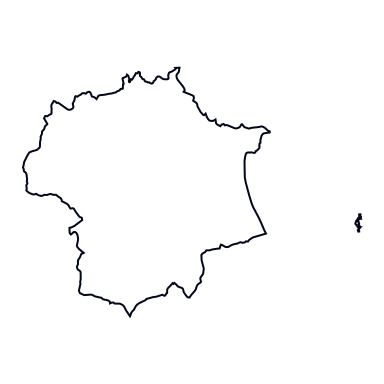 Cam Lam, Khánh Hòa, Vietnam
{"feature_id": "81297802B15274858883665", "entity_name": "Cam Lam", "entity_type": "district", "adm_level": 2, "iso_a3": "VNM", "parent_name": "Vietnam", "parent_adm1": "Khánh Hòa", "projection": "albers", "projection_center": [109.135, 12.074], "detail": "fine", "context": "isolated", "style": "outline", "palette": "ink", "viewbox_px": 384, "rotation_deg": 0, "n_neighbors": 0, "source": "geoboundaries", "source_scale": "gbopen_adm2", "svg_char_len": 5841}
<svg xmlns="http://www.w3.org/2000/svg" viewBox="0 0 384 384"><path d="M269.7,131.4L268.0,130.7L264.7,127.7L262.5,126.6L261.8,126.4L257.5,127.2L252.6,127.7L250.8,128.0L249.4,128.5L248.5,128.5L244.8,127.3L244.0,126.7L243.3,125.6L241.9,124.2L241.5,124.3L239.9,126.9L238.3,127.9L236.5,128.3L235.5,128.4L234.6,128.2L227.4,125.2L226.3,125.0L224.9,125.4L224.6,125.2L224.0,124.2L223.7,124.0L221.7,124.5L220.3,126.2L217.5,124.7L216.4,123.8L216.1,123.3L215.5,119.5L213.6,120.7L212.1,120.9L210.4,120.8L209.5,120.6L207.8,118.7L206.5,116.1L205.6,113.6L204.1,115.1L203.3,115.0L200.6,112.0L197.4,106.2L197.2,104.5L196.9,103.6L195.7,102.4L193.2,100.8L193.9,97.9L193.6,96.2L192.3,95.3L183.6,91.8L184.5,90.6L184.7,90.1L184.2,88.4L182.7,86.1L177.5,79.5L176.8,77.9L176.5,76.5L176.5,75.3L176.8,74.4L178.5,72.4L178.9,71.3L179.5,67.7L175.4,67.9L175.9,68.5L174.9,69.7L173.9,70.2L172.4,71.3L170.4,72.0L169.1,72.7L168.4,74.5L168.2,75.5L168.5,78.1L168.3,78.7L167.9,79.1L166.6,79.3L163.8,79.2L162.4,78.7L160.3,77.0L159.4,76.6L157.7,76.5L156.4,77.6L155.5,79.7L153.7,81.2L153.0,82.9L152.0,83.5L150.4,83.3L149.1,82.3L147.7,82.4L146.6,81.7L145.3,81.5L144.8,81.0L144.1,79.5L142.4,78.9L141.3,77.0L140.2,76.2L139.9,75.8L140.0,73.5L139.8,72.4L138.3,71.9L137.7,73.3L135.8,73.2L134.8,75.4L133.8,76.7L132.4,79.2L131.9,79.7L131.3,79.2L131.0,79.2L130.5,79.7L130.0,81.9L129.7,82.1L129.2,82.1L128.9,81.5L128.9,80.5L129.3,79.1L129.3,78.5L128.6,77.2L128.5,76.1L127.0,74.7L126.7,75.7L126.0,76.6L123.9,77.7L122.7,78.1L122.5,78.7L123.7,83.9L123.0,84.4L122.8,88.5L122.6,88.8L120.6,88.9L120.2,89.6L119.4,90.5L117.6,91.1L115.6,92.5L113.7,92.8L111.8,93.5L110.6,93.5L104.2,94.8L100.5,95.1L98.5,95.7L96.5,99.1L94.9,97.6L94.0,97.1L91.9,96.5L90.7,93.2L90.2,92.4L89.4,91.8L89.0,91.8L87.1,92.3L86.4,93.2L85.8,93.7L84.5,93.2L82.4,93.2L80.8,94.6L78.7,95.7L77.2,96.8L76.4,96.4L75.6,96.2L75.1,96.7L74.9,97.4L74.5,100.0L72.7,103.7L73.4,106.6L73.3,107.3L73.0,107.9L72.3,108.7L71.0,109.5L69.4,109.8L68.4,109.7L67.6,109.4L58.2,102.7L56.9,103.0L56.5,102.8L55.5,101.6L53.7,101.0L53.0,102.5L51.9,103.9L51.5,104.8L51.3,106.0L51.6,108.9L51.5,113.5L51.1,114.0L49.3,114.8L47.3,116.3L45.3,115.9L44.0,118.3L47.3,123.8L47.3,124.1L44.9,126.5L44.3,128.7L43.6,129.8L42.1,131.4L41.9,134.0L40.7,136.4L40.7,139.0L40.0,142.3L40.0,145.3L39.8,147.1L39.3,147.8L37.0,149.9L31.7,151.4L29.3,152.5L27.5,155.3L24.2,161.9L23.5,165.8L23.0,167.6L23.7,169.0L23.9,170.9L24.1,171.4L25.8,172.7L26.5,174.2L27.1,179.6L26.8,181.6L27.4,182.9L27.2,183.7L26.3,185.3L26.7,188.0L26.5,189.7L26.3,190.2L26.8,191.0L28.9,192.7L30.3,193.4L32.9,194.4L34.9,194.4L35.6,193.9L36.4,193.9L38.0,195.0L39.3,195.5L41.1,195.9L42.3,195.8L44.3,194.8L46.8,195.0L50.0,194.0L51.3,194.1L52.9,194.7L54.1,194.8L56.0,194.8L58.4,196.7L60.8,198.3L61.6,199.7L61.9,201.2L66.9,203.8L67.9,204.6L68.5,205.3L70.0,208.1L70.8,208.6L72.4,208.2L73.4,208.4L74.1,209.1L75.6,211.7L78.9,216.2L80.0,217.2L81.6,217.6L81.9,218.0L82.2,220.0L81.9,220.3L74.5,225.9L71.2,227.5L69.5,227.8L69.4,228.1L69.7,233.0L70.8,234.5L72.3,233.4L73.3,232.3L73.9,232.0L75.3,232.1L76.2,232.7L76.9,233.9L77.7,235.8L78.1,238.7L77.8,241.2L76.9,245.5L77.0,246.2L77.5,247.2L78.9,248.9L83.7,252.9L83.0,253.4L82.1,253.4L81.4,253.9L80.8,255.1L80.1,257.0L78.1,260.2L77.9,261.0L78.0,263.9L77.8,264.8L77.1,266.0L76.9,266.9L77.5,269.0L77.9,269.6L79.9,270.9L80.6,272.0L80.7,277.9L80.6,279.7L80.2,281.6L80.4,284.0L79.0,290.2L79.0,291.1L79.9,293.1L83.7,294.9L84.2,295.1L91.0,294.6L92.6,295.0L94.5,296.2L98.8,297.3L101.3,297.7L103.1,299.3L107.3,300.2L109.0,300.9L109.8,301.7L110.0,303.4L111.7,302.6L113.3,302.5L113.7,302.7L114.4,303.4L114.9,303.6L118.8,303.6L119.8,303.7L121.1,304.2L122.4,304.9L123.8,306.1L124.5,307.2L125.8,310.0L130.0,316.3L130.4,315.5L131.1,313.1L132.4,311.2L133.6,310.2L135.9,306.0L137.6,304.2L140.3,302.6L145.6,300.1L146.3,299.0L152.7,297.2L156.7,296.6L161.6,295.0L162.5,294.8L164.3,295.8L164.7,295.8L165.9,294.4L166.5,293.2L167.1,293.0L167.2,289.9L167.6,288.6L168.4,287.7L172.7,283.2L173.4,283.9L174.3,282.9L175.9,284.2L178.1,286.6L182.2,288.1L182.7,288.6L183.1,289.4L183.7,291.9L184.2,292.9L186.3,295.8L187.5,297.2L189.5,297.5L191.3,294.9L194.7,291.0L195.9,289.1L196.4,287.1L197.4,285.0L198.2,284.1L200.0,282.9L200.9,282.0L200.9,281.1L200.4,279.4L200.3,278.4L200.6,277.4L202.9,274.2L203.1,273.6L203.8,268.6L201.6,260.2L201.4,254.9L202.7,253.4L205.1,252.1L206.4,250.3L209.8,250.3L212.1,249.5L217.2,248.7L219.6,248.5L220.8,244.7L221.9,244.9L225.6,247.0L227.0,247.1L228.6,246.8L231.3,245.2L233.6,244.3L237.4,243.5L239.8,242.4L240.6,242.3L242.8,242.8L244.7,242.4L246.0,241.3L247.9,241.6L249.2,239.9L252.7,237.5L266.0,233.6L264.3,230.3L261.4,223.4L259.1,218.4L253.1,207.0L251.5,203.0L249.1,195.0L245.7,182.3L244.8,177.3L244.5,161.2L244.7,159.5L245.3,156.0L245.9,153.9L246.3,153.2L248.0,152.4L249.6,152.6L251.1,152.3L253.9,152.9L255.0,152.7L255.3,152.4L255.7,151.1L257.0,150.5L259.4,148.0L259.5,146.4L259.2,146.1L259.5,144.8L259.4,143.9L260.0,143.0L260.5,142.7L260.4,140.2L260.9,138.1L261.3,137.0L261.4,136.1L261.8,135.3L263.2,133.6L264.2,133.3L267.9,132.7L269.4,132.7L269.8,132.2L269.7,131.4ZM359.5,217.1L359.3,216.8L359.1,217.3L358.1,218.1L357.2,219.8L356.2,220.8L355.3,223.7L356.1,224.7L356.5,225.0L356.6,225.3L357.4,226.3L357.8,227.4L358.3,227.8L359.2,228.0L360.1,227.8L360.1,227.3L360.5,227.0L359.5,226.8L358.8,226.5L357.9,226.5L358.0,226.1L359.0,226.1L359.3,225.4L359.1,225.2L359.1,223.9L358.6,223.9L358.9,223.3L358.6,222.5L358.7,222.3L358.5,222.1L358.6,221.7L358.5,221.1L358.3,220.9L357.7,221.1L358.0,220.6L357.7,220.1L357.8,219.8L358.5,219.3L359.9,218.8L360.4,218.8L360.0,218.4L360.6,218.0L360.6,217.7L360.4,217.6L361.0,217.4L361.0,217.0L360.4,216.8L359.5,217.1ZM359.7,216.3L360.3,215.7L360.6,214.6L360.5,214.3L360.0,214.2L359.1,214.4L359.2,215.9L359.7,216.3ZM359.0,229.7L358.3,229.7L357.8,230.1L358.3,231.6L359.2,231.5L359.1,230.1L359.0,229.7Z" fill="none" stroke="#020617" stroke-width="2"/></svg>